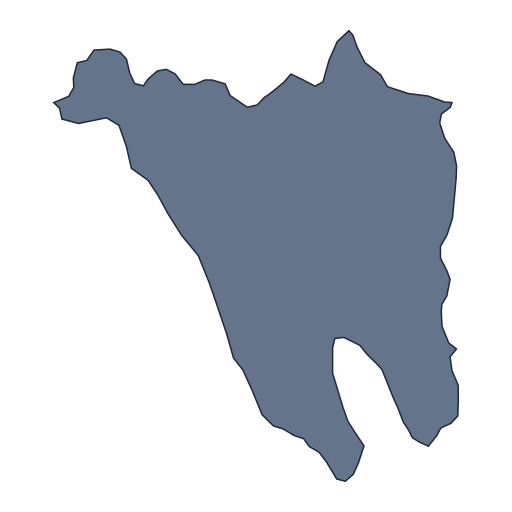 outline of Nordmaling, Västerbotten, Sweden
{"feature_id": "70781695B22798016989349", "entity_name": "Nordmaling", "entity_type": "district", "adm_level": 2, "iso_a3": "SWE", "parent_name": "Sweden", "parent_adm1": "Västerbotten", "projection": "albers", "projection_center": [19.36, 63.649], "detail": "fine", "context": "isolated", "style": "filled", "palette": "slate", "viewbox_px": 512, "rotation_deg": 0, "n_neighbors": 0, "source": "geoboundaries", "source_scale": "gbopen_adm2", "svg_char_len": 1568}
<svg xmlns="http://www.w3.org/2000/svg" viewBox="0 0 512 512"><path d="M53.7,102.6L59.5,108.2L62.0,119.1L78.7,123.5L90.5,121.0L106.5,117.8L119.0,125.4L126.4,146.5L131.4,168.4L148.1,180.3L158.1,195.5L168.2,214.1L181.5,235.2L198.3,255.6L209.2,282.6L216.8,304.6L226.8,334.3L233.5,358.0L242.8,369.9L252.1,390.3L262.1,414.7L273.5,426.0L283.1,428.9L294.5,435.7L303.6,438.6L309.3,446.6L319.0,452.2L326.4,461.9L336.7,479.0L345.3,481.3L353.2,474.4L358.4,463.0L364.0,445.9L354.9,432.3L348.0,421.5L342.9,407.2L338.3,391.9L332.6,373.2L332.6,348.2L334.8,338.5L343.9,337.4L359.8,345.3L367.2,354.4L376.3,363.4L382.0,369.6L392.9,396.9L398.0,408.2L403.2,421.9L408.4,429.8L412.4,437.8L419.8,442.3L428.4,446.2L436.9,435.4L440.8,428.0L451.0,423.3L457.8,415.9L458.3,400.5L458.2,385.2L451.9,370.5L450.1,356.8L456.5,349.0L448.7,342.9L442.0,326.2L441.3,312.2L441.8,304.4L446.8,296.0L450.1,279.3L446.7,270.4L440.5,258.2L440.4,246.6L447.0,234.9L452.5,218.2L456.1,178.7L456.6,166.0L453.8,152.2L444.8,138.4L439.7,122.9L441.4,114.0L450.2,107.4L452.0,102.6L444.5,102.0L428.0,96.0L408.2,93.5L387.4,86.7L380.5,74.6L364.9,62.6L357.1,47.1L352.8,35.0L348.9,30.7L337.3,41.5L329.0,60.3L323.0,81.8L315.2,86.2L300.3,78.5L290.9,74.1L284.3,81.8L277.1,87.9L268.8,94.5L264.4,97.3L257.2,105.0L247.2,107.2L230.1,95.5L225.2,83.9L212.0,80.0L204.8,80.0L194.8,84.4L183.2,84.3L175.0,73.8L166.2,69.3L157.3,71.0L147.9,79.2L143.4,85.8L134.6,83.5L129.7,73.0L126.5,59.2L119.9,52.0L110.0,49.1L94.0,50.1L86.7,60.5L77.3,62.7L73.3,78.1L73.8,87.5L68.7,96.3L53.7,102.6Z" fill="#64748b" stroke="#1e293b" stroke-width="1.5"/></svg>